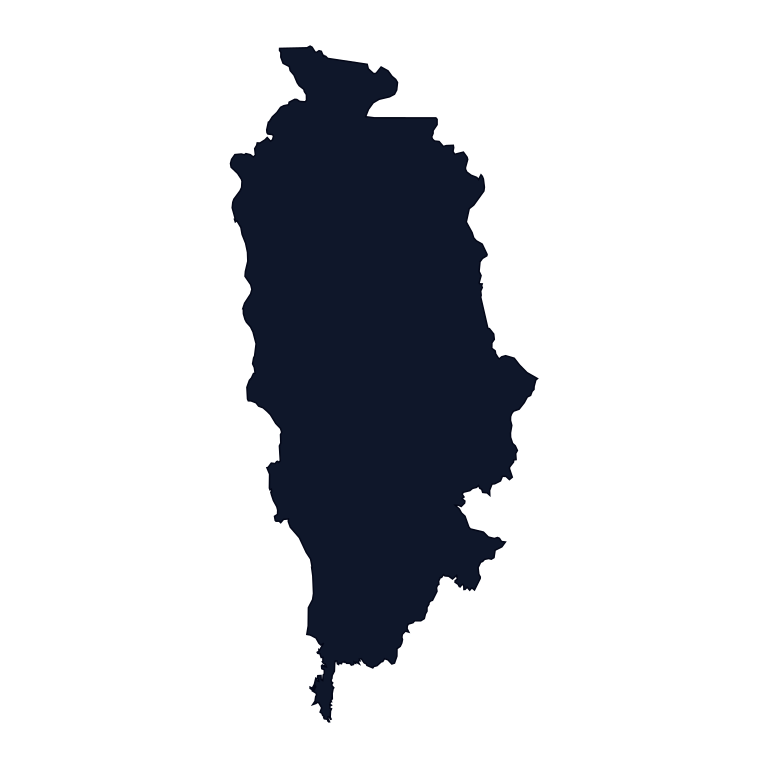 outline of Achí, Bolívar, Colombia
{"feature_id": "7082276B83217917956191", "entity_name": "Achí", "entity_type": "district", "adm_level": 2, "iso_a3": "COL", "parent_name": "Colombia", "parent_adm1": "Bolívar", "projection": "equal_earth", "projection_center": [-74.478, 8.603], "detail": "fine", "context": "isolated", "style": "filled", "palette": "ink", "viewbox_px": 768, "rotation_deg": 0, "n_neighbors": 0, "source": "geoboundaries", "source_scale": "gbopen_adm2", "svg_char_len": 6091}
<svg xmlns="http://www.w3.org/2000/svg" viewBox="0 0 768 768"><path d="M381.1,67.0L376.1,73.3L373.7,73.7L368.3,68.8L367.2,64.3L327.7,58.4L325.6,56.2L323.9,56.3L324.0,54.9L323.3,56.0L321.3,51.3L319.0,50.7L316.7,52.3L315.1,52.0L312.1,47.2L310.1,46.1L307.0,47.8L279.6,48.4L279.5,50.4L280.9,52.5L280.8,57.1L283.1,63.3L289.3,66.5L290.2,70.6L294.0,75.1L297.2,82.7L299.2,85.7L303.8,89.3L304.4,91.6L306.4,94.6L306.5,100.3L305.1,101.8L299.7,101.4L296.8,99.5L294.8,99.3L289.1,102.2L288.7,104.7L283.8,105.7L280.6,107.3L276.9,112.5L272.3,116.9L269.3,121.7L268.4,122.1L266.7,129.9L267.0,132.7L267.9,134.0L272.6,134.6L273.5,136.2L272.5,139.8L270.5,141.2L267.2,137.5L264.9,139.9L260.0,143.0L257.2,142.9L256.7,145.3L254.7,148.6L255.4,155.1L253.3,157.0L250.4,154.7L245.9,153.6L244.3,154.8L241.3,154.0L234.9,154.6L231.6,159.3L230.5,163.5L231.1,167.2L237.6,173.4L241.4,179.2L242.0,181.3L241.6,187.5L240.0,190.9L233.9,199.1L232.8,202.2L232.2,207.8L235.2,218.7L234.4,219.1L235.3,221.9L236.9,220.7L240.9,227.5L242.1,234.4L245.6,243.2L247.5,252.3L247.8,261.2L245.4,271.4L245.0,276.3L250.7,284.6L251.9,289.4L250.6,294.0L244.6,303.2L242.8,308.7L243.3,308.7L243.4,313.8L245.0,319.4L246.5,322.3L250.5,326.8L253.0,331.9L256.1,343.8L254.6,355.9L253.6,357.9L252.6,363.8L254.3,367.5L255.1,373.1L253.5,373.5L251.5,377.9L249.4,380.3L246.9,387.3L247.5,399.0L248.3,400.8L251.1,400.9L256.0,402.8L258.6,406.1L263.1,407.8L266.8,411.0L270.4,414.6L275.8,423.5L280.5,428.4L281.7,432.3L280.5,434.6L280.8,443.0L279.4,445.9L280.3,460.8L278.7,462.4L277.7,461.3L276.6,461.6L275.2,463.6L271.3,463.1L268.1,467.4L266.9,467.7L269.6,474.1L269.4,488.1L270.0,489.8L271.4,489.2L271.6,491.7L270.8,492.1L271.5,494.8L273.4,500.5L276.8,506.7L277.7,510.1L277.5,514.4L274.5,516.3L275.2,520.4L276.0,521.2L279.2,521.2L280.7,522.7L283.5,519.4L288.4,518.9L288.3,521.6L290.3,527.2L299.3,537.6L306.3,552.5L310.6,559.0L312.1,567.0L311.6,567.1L312.8,575.9L313.5,593.5L312.6,599.6L308.4,607.7L308.2,625.9L306.8,634.4L310.2,635.0L316.0,638.0L318.9,643.2L320.8,645.0L323.7,643.2L319.4,650.4L318.9,649.9L319.0,651.2L317.2,652.3L317.7,653.3L320.0,653.8L321.2,657.5L322.9,657.3L322.9,661.3L322.3,661.7L324.0,663.8L325.2,663.8L326.4,666.9L324.1,666.5L324.3,665.5L322.5,665.9L322.2,665.1L321.5,665.9L321.8,668.7L324.2,669.7L324.3,671.1L324.3,673.8L323.2,675.0L322.7,680.5L321.2,679.5L321.0,675.5L317.8,675.7L317.5,677.4L318.5,679.1L318.8,681.4L317.2,680.9L316.7,678.8L315.8,678.2L314.4,684.2L312.3,688.2L310.1,687.1L310.1,688.4L311.9,689.5L313.3,689.0L315.2,685.7L315.8,686.8L314.4,689.7L313.7,690.4L313.1,689.8L312.3,690.8L316.1,693.2L316.6,695.0L315.7,696.5L315.0,701.2L312.7,704.6L316.1,703.4L316.2,702.4L318.8,702.8L321.7,707.8L320.1,712.1L321.9,713.3L322.6,715.3L324.2,716.7L323.7,717.6L324.3,718.8L327.6,719.3L327.7,720.8L328.8,721.9L329.5,721.8L327.8,718.0L328.0,716.8L328.9,716.7L330.6,719.3L331.1,719.1L330.2,717.2L330.5,711.0L331.5,708.8L329.8,708.1L329.8,706.2L331.4,705.2L330.4,704.5L329.8,705.2L329.6,704.3L330.7,701.7L331.4,701.7L330.7,700.3L331.9,699.5L331.7,698.2L332.3,698.3L332.2,693.5L333.1,688.7L333.8,687.8L331.9,685.6L331.8,684.4L332.7,682.9L331.6,682.0L331.0,679.9L331.9,678.5L332.2,675.4L334.4,671.2L334.7,663.0L335.4,661.0L336.8,661.0L337.5,663.9L338.6,664.5L339.0,663.1L341.5,663.7L342.0,662.3L343.1,661.7L344.2,662.3L344.8,661.5L346.6,663.3L349.9,663.3L351.3,665.1L353.5,664.5L354.2,662.7L354.9,663.0L354.5,662.2L355.9,663.0L356.2,662.1L359.3,663.9L358.4,662.1L359.4,660.1L359.9,660.4L359.4,659.0L361.2,658.6L364.2,662.9L366.3,663.9L366.9,665.4L372.8,667.9L373.8,666.5L377.0,665.7L381.2,661.9L382.8,661.5L384.5,658.7L387.9,659.8L391.8,664.0L394.5,663.1L396.9,656.2L397.0,648.7L400.2,646.4L401.8,643.0L402.5,639.6L401.9,637.3L402.3,634.4L405.4,631.1L408.8,632.1L407.1,628.7L407.3,626.0L408.3,624.1L413.0,622.7L414.6,620.8L420.8,620.8L424.3,618.6L425.4,614.0L427.0,611.2L427.0,607.3L428.9,604.3L429.1,602.5L430.5,601.0L432.5,600.3L437.0,591.3L436.5,587.8L437.5,585.3L438.9,584.4L438.6,581.1L440.3,577.6L441.6,577.4L443.5,574.6L444.9,575.9L448.7,576.2L452.5,579.0L456.6,575.4L457.3,579.2L455.2,580.6L455.0,582.2L458.1,584.3L459.3,586.6L460.2,586.9L461.8,584.6L462.8,584.4L463.8,586.1L463.9,589.5L465.1,589.4L467.1,587.2L469.7,590.2L471.8,587.8L474.5,590.0L480.2,578.5L480.3,577.0L478.8,574.2L478.1,567.6L480.6,562.3L482.7,561.4L484.5,559.4L488.7,558.5L491.3,559.2L494.0,557.6L495.1,550.2L501.9,546.8L505.4,542.0L501.5,541.5L499.4,538.3L497.5,537.5L494.4,538.5L488.3,537.0L483.5,532.1L470.3,528.9L468.8,526.9L465.0,516.2L461.5,513.0L459.3,509.0L455.2,505.2L458.5,505.2L461.2,506.5L464.6,503.1L464.9,501.0L461.9,498.6L464.0,497.0L462.2,494.3L463.2,492.3L469.9,490.6L472.5,488.4L476.5,487.4L478.5,485.5L479.8,488.3L481.7,489.3L482.7,492.4L487.2,492.9L489.8,495.3L489.6,490.4L492.0,484.1L494.7,483.8L500.5,480.9L502.4,476.3L506.0,476.4L509.4,479.6L512.3,477.2L509.5,468.8L509.6,467.1L513.5,462.1L513.7,459.9L516.1,459.6L515.7,453.5L517.4,450.5L515.3,445.9L512.6,443.4L510.6,437.3L510.5,432.9L511.8,425.4L510.5,420.4L510.6,416.6L511.7,413.6L513.5,411.2L519.1,409.2L524.3,402.6L527.3,397.0L530.6,395.4L532.1,391.4L534.0,389.4L534.1,386.5L535.8,380.0L537.5,378.6L527.0,372.6L519.6,365.1L514.2,358.2L505.6,355.7L501.7,356.8L499.3,358.8L498.5,358.3L495.7,353.9L495.2,350.9L491.8,348.3L491.9,342.8L494.3,339.4L493.7,334.0L489.4,328.6L487.9,328.4L480.7,297.1L481.2,295.3L480.7,291.0L482.3,287.5L481.6,285.9L482.2,283.9L479.7,283.8L479.1,282.8L481.1,275.6L479.1,271.4L480.0,261.8L482.5,258.4L486.8,255.8L487.1,254.4L482.2,244.1L476.2,240.7L473.7,237.8L472.1,232.6L466.3,222.0L469.2,208.7L473.8,205.0L483.9,191.0L484.4,187.2L483.4,179.0L482.3,176.3L481.0,174.8L478.6,179.5L476.7,177.4L471.1,175.2L466.8,172.0L465.5,169.2L465.5,167.4L467.7,159.5L467.1,157.2L463.4,152.1L454.7,154.3L453.0,151.4L453.7,147.7L453.3,145.3L446.2,145.6L443.4,146.5L439.1,141.5L434.5,141.0L432.5,139.1L431.7,136.9L433.1,133.4L433.1,130.6L437.1,124.7L437.1,119.3L435.9,117.9L374.3,117.8L365.6,116.7L368.5,109.3L373.2,102.8L379.1,99.3L389.6,96.8L394.5,94.2L396.7,90.0L397.5,82.5L395.7,79.4L392.0,76.3L388.0,70.8L381.1,67.0Z" fill="#0f172a" stroke="#020617" stroke-width="1.5"/></svg>